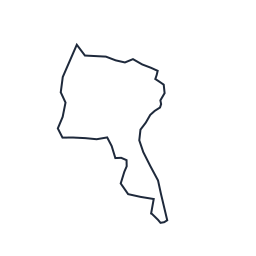 Beyləqan, Mercator projection, rotated 143°
{"feature_id": "AZE-1697", "entity_name": "Beyləqan", "entity_type": "District", "adm_level": 1, "iso_a3": "AZE", "parent_name": "Azerbaijan", "parent_adm1": "", "projection": "mercator", "projection_center": [47.672, 39.865], "detail": "fine", "context": "isolated", "style": "outline", "palette": "slate", "viewbox_px": 256, "rotation_deg": 143, "n_neighbors": 0, "source": "natural_earth", "source_scale": "10m", "svg_char_len": 795}
<svg xmlns="http://www.w3.org/2000/svg" viewBox="0 0 256 256"><g transform="rotate(143 128 128)"><path d="M160.3,196.9L149.4,208.0L118.8,225.3L118.8,225.1L118.8,211.8L102.7,198.3L97.1,189.4L91.0,182.2L82.6,180.0L78.4,170.2L73.5,162.4L69.9,155.8L73.3,153.0L76.7,150.7L75.2,146.5L73.4,141.1L77.8,133.8L85.5,130.6L87.2,127.1L90.1,125.1L96.3,125.6L102.3,125.1L110.5,121.6L119.0,119.2L126.4,111.4L130.3,99.6L133.1,84.1L135.6,68.0L141.4,55.4L152.2,30.7L155.8,31.0L159.1,32.7L159.3,36.7L160.6,45.1L161.0,45.8L150.2,55.8L159.4,65.4L167.7,75.1L167.2,88.1L157.2,95.3L152.1,98.2L148.5,103.2L151.4,108.3L156.2,111.6L151.9,123.4L150.3,133.0L159.8,137.9L168.2,145.6L177.2,153.1L186.1,159.8L184.3,169.9L173.5,176.2L162.6,185.9L160.3,196.6L160.3,196.9Z" fill="none" stroke="#1e293b" stroke-width="2"/></g></svg>